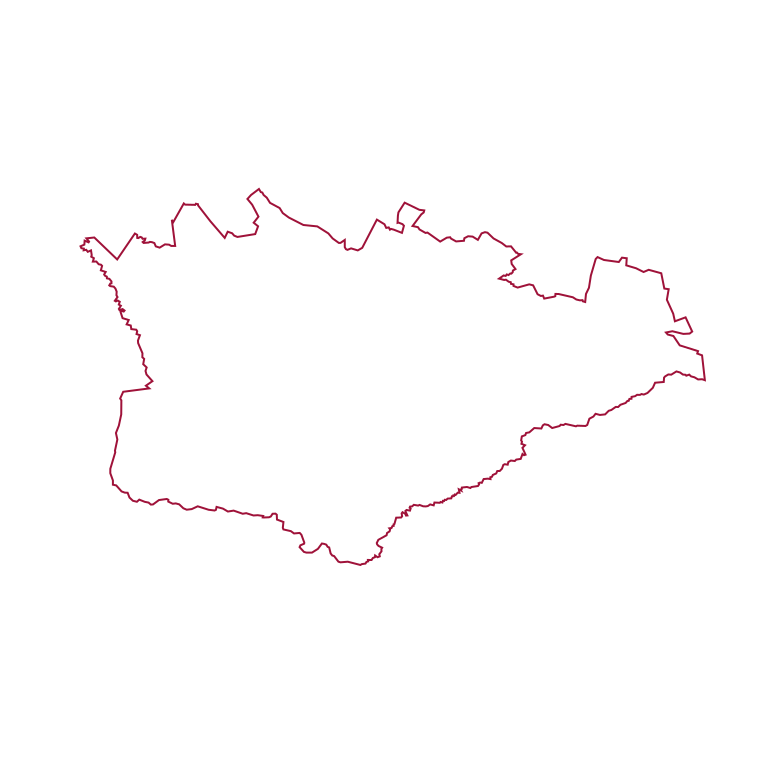 outline of Cuauhtémoc, Colima, Mexico, rotated 97°
{"feature_id": "50627088B85781169785703", "entity_name": "Cuauhtémoc", "entity_type": "district", "adm_level": 2, "iso_a3": "MEX", "parent_name": "Mexico", "parent_adm1": "Colima", "projection": "natural_earth1", "projection_center": [-103.581, 19.339], "detail": "fine", "context": "isolated", "style": "outline", "palette": "rose", "viewbox_px": 768, "rotation_deg": 97, "n_neighbors": 0, "source": "geoboundaries", "source_scale": "gbopen_adm2", "svg_char_len": 6146}
<svg xmlns="http://www.w3.org/2000/svg" viewBox="0 0 768 768"><g transform="rotate(97 384 384)"><path d="M517.0,640.8L517.3,637.4L522.6,631.4L523.4,628.1L523.2,625.2L527.7,622.8L530.5,619.0L531.0,614.9L528.6,612.8L530.1,607.1L530.4,603.2L532.1,600.7L531.7,598.6L526.6,593.2L524.6,585.6L525.2,583.9L527.0,583.8L528.6,579.1L527.9,576.1L528.4,572.6L531.8,568.0L532.8,564.5L531.6,559.6L528.1,554.0L530.2,542.7L530.2,536.7L529.4,535.5L526.4,535.2L527.3,528.7L529.6,523.4L528.0,517.8L530.0,508.4L529.0,505.0L530.4,497.5L529.6,493.3L529.7,487.8L531.2,488.1L531.2,487.4L530.3,481.9L529.3,480.2L526.4,478.8L525.9,475.9L526.8,474.5L531.6,473.7L533.2,467.0L539.1,466.9L540.6,466.1L541.4,458.5L543.3,455.1L542.1,449.5L543.7,447.6L551.1,443.8L552.2,443.8L554.3,447.3L556.2,447.9L560.4,443.0L560.8,440.5L560.1,434.9L555.7,429.5L549.9,426.2L550.0,423.8L550.5,421.7L552.5,420.1L552.9,418.5L558.7,416.3L560.5,414.5L560.9,412.5L565.9,407.6L566.3,405.5L564.8,398.3L566.5,385.4L565.5,384.1L564.5,380.5L562.7,379.7L562.0,378.1L560.6,378.5L560.2,374.9L558.1,373.9L557.0,371.9L555.3,371.9L556.7,369.3L555.6,367.2L553.5,367.9L550.4,366.1L548.0,366.5L546.7,365.9L545.4,369.7L544.0,371.3L542.7,371.8L539.3,370.6L533.8,363.0L531.5,362.8L529.6,360.5L527.5,360.2L526.6,361.1L526.0,359.0L524.0,358.3L523.6,357.1L522.2,357.4L521.7,356.6L515.2,355.6L514.4,350.7L513.1,349.9L510.3,350.7L509.0,350.0L510.3,347.0L511.9,346.1L511.6,344.8L507.5,347.3L506.3,346.3L506.5,342.8L504.4,342.4L503.7,343.5L502.5,343.2L502.0,341.1L500.3,339.7L500.5,335.3L499.7,334.0L500.6,330.2L500.4,327.6L499.8,325.6L497.9,323.5L498.4,319.9L495.5,319.5L495.1,314.1L494.2,313.5L494.5,311.6L492.8,311.3L492.8,310.1L491.5,309.6L491.5,308.1L490.0,306.9L489.3,303.3L487.2,302.9L487.1,302.0L486.2,301.7L486.5,300.8L485.1,300.3L485.4,299.4L482.9,297.6L482.8,295.8L479.4,296.9L480.3,294.5L479.4,295.1L478.7,294.0L477.3,294.1L476.1,289.1L476.7,285.6L475.6,284.7L473.8,278.3L472.1,277.4L470.9,278.0L470.1,276.6L470.2,274.9L466.2,273.5L465.3,269.4L465.4,266.7L463.6,267.1L462.9,265.5L461.0,264.9L459.1,261.7L456.6,261.0L456.2,258.5L453.7,256.6L449.8,255.7L448.9,254.4L449.0,251.4L446.3,251.1L444.5,248.7L444.5,244.8L442.9,243.5L441.7,239.2L436.6,238.0L437.6,236.4L436.9,234.9L430.5,238.8L427.6,236.6L426.6,240.3L424.4,240.0L423.3,241.0L419.2,240.8L417.5,237.5L415.3,237.0L414.3,233.9L409.4,229.5L409.0,222.4L405.7,221.3L404.4,219.8L404.7,216.0L407.2,211.7L404.3,204.6L402.9,203.7L402.8,200.8L401.5,199.1L402.6,188.3L401.8,187.1L401.1,178.9L399.9,177.3L393.4,175.9L390.8,172.2L387.8,170.4L388.4,165.9L387.2,160.8L383.2,157.7L382.1,155.2L378.5,151.2L378.3,148.8L375.8,146.8L373.4,141.9L371.1,140.3L370.9,139.1L368.9,138.6L368.5,136.6L366.6,136.7L365.5,133.3L363.9,131.5L363.6,128.6L362.6,127.2L362.8,124.8L360.8,121.4L355.0,116.7L349.7,115.1L347.9,106.6L343.5,106.8L342.2,105.9L339.9,103.0L339.7,100.0L335.9,95.3L336.5,91.5L338.2,88.5L338.1,85.8L338.9,85.0L337.5,82.2L339.0,80.2L339.5,76.7L341.2,72.8L340.5,68.9L341.1,66.0L316.8,71.8L315.6,76.8L313.1,76.3L309.6,95.2L301.1,102.6L300.3,108.4L298.5,110.4L296.5,104.2L297.8,93.0L296.7,86.8L294.4,84.5L281.1,92.8L286.3,102.9L279.0,105.5L265.9,113.5L255.2,113.0L255.1,117.4L240.3,122.3L238.4,135.2L241.2,140.0L238.4,147.9L236.7,158.0L229.6,158.4L229.6,163.2L234.3,165.8L234.1,180.8L232.0,187.5L234.1,189.1L251.2,191.9L263.5,192.3L270.0,194.5L278.1,194.3L277.7,196.7L276.6,197.2L277.1,199.7L276.7,203.4L274.9,207.1L273.4,221.6L273.7,224.8L276.0,224.7L276.6,225.8L279.7,235.4L276.9,237.0L277.5,239.0L276.2,242.5L267.9,248.0L267.4,252.0L272.0,263.1L270.9,267.4L269.3,267.6L269.1,270.2L267.5,270.6L267.3,272.7L265.6,275.7L266.1,277.4L265.4,282.6L261.7,278.5L261.9,276.4L260.3,275.5L260.7,273.7L258.9,272.1L258.9,271.0L257.4,269.9L255.7,269.9L253.9,267.5L249.3,271.9L245.8,272.8L238.5,263.9L238.5,266.7L237.3,268.2L237.6,268.8L231.9,274.7L232.6,279.4L229.7,284.3L226.2,293.0L221.2,299.7L221.0,302.3L222.6,305.5L229.5,308.4L226.9,314.0L227.1,318.5L229.5,322.0L232.1,322.1L233.7,329.8L231.5,335.2L230.3,336.2L231.1,339.5L235.8,345.6L228.4,359.3L229.0,361.2L226.3,367.6L224.2,369.4L223.7,374.9L211.1,367.7L208.9,365.5L206.8,365.2L206.8,370.1L201.5,385.6L211.9,390.6L215.2,390.7L222.4,390.2L222.0,389.3L223.1,385.1L224.5,383.5L231.8,384.6L229.6,393.2L229.2,396.0L230.1,396.9L228.0,398.4L228.8,400.8L225.4,403.0L221.7,411.1L251.5,422.2L254.6,426.3L253.4,433.2L255.3,436.6L254.8,438.2L253.0,439.6L245.8,440.5L249.2,444.3L249.5,446.0L245.8,452.7L241.3,457.6L235.7,469.4L236.0,483.4L230.4,498.7L226.7,505.3L222.1,509.0L218.1,519.2L213.3,523.1L211.1,526.5L208.8,528.1L208.5,529.7L205.7,531.9L212.6,539.0L217.0,542.1L222.1,536.7L233.2,529.0L239.8,533.0L242.8,528.2L250.9,530.1L255.9,547.4L255.0,550.8L252.9,553.1L251.9,557.7L258.4,559.9L243.6,576.2L229.4,590.3L228.2,590.6L228.0,592.7L229.2,593.2L230.2,603.3L229.2,604.7L249.3,613.0L246.9,614.6L272.4,608.1L272.9,612.0L271.9,614.3L272.1,618.4L276.0,623.3L275.2,627.3L272.1,629.1L271.5,631.6L271.5,633.7L272.3,634.9L273.3,639.8L272.5,640.8L270.7,638.9L268.8,638.6L269.3,641.3L268.0,642.4L267.7,643.9L269.1,645.6L269.1,646.7L266.0,647.2L265.0,649.6L292.9,664.0L273.9,689.4L275.7,697.1L278.6,694.1L279.4,694.5L278.2,698.6L282.2,698.4L284.3,702.0L286.1,700.9L286.2,698.4L287.9,698.4L287.1,695.9L288.9,694.1L287.1,691.1L291.7,689.8L293.3,690.1L294.5,687.3L298.0,687.9L297.5,684.4L299.9,681.8L300.1,679.4L301.1,678.2L305.7,678.9L306.7,673.9L309.4,675.1L310.5,674.2L311.2,672.2L312.9,671.9L313.1,669.4L315.4,667.0L317.3,666.8L317.7,667.9L319.6,668.7L320.2,667.7L320.3,664.1L322.0,662.2L324.9,660.6L328.5,660.4L330.2,659.1L334.2,661.3L334.7,660.2L333.6,658.5L334.6,656.3L337.5,656.9L338.4,654.7L341.8,656.3L342.8,655.6L341.5,652.6L342.7,650.5L343.8,651.2L343.4,654.1L344.3,654.4L350.5,651.5L351.6,645.2L356.2,646.7L356.8,642.5L360.3,641.5L360.3,636.5L361.7,635.4L364.6,635.7L365.3,632.2L370.9,633.5L373.4,633.0L382.9,627.5L386.9,627.1L388.3,625.1L393.7,625.4L396.5,621.6L400.1,622.3L403.5,620.9L409.4,614.2L414.7,620.1L417.0,616.5L423.5,641.9L430.6,644.1L432.2,642.7L446.2,641.1L457.6,642.1L465.3,644.1L471.6,641.9L483.1,642.9L484.5,642.4L501.5,645.3L505.9,644.8L512.8,641.3L517.0,640.8Z" fill="none" stroke="#9f1239" stroke-width="2"/></g></svg>